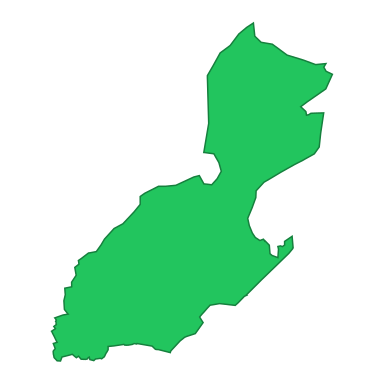 outline of Bopolu, Gbapolu, Liberia
{"feature_id": "62588387B82153656109433", "entity_name": "Bopolu", "entity_type": "district", "adm_level": 2, "iso_a3": "LBR", "parent_name": "Liberia", "parent_adm1": "Gbapolu", "projection": "orthographic", "projection_center": [-10.518, 7.211], "detail": "fine", "context": "isolated", "style": "filled", "palette": "green", "viewbox_px": 384, "rotation_deg": 0, "n_neighbors": 0, "source": "geoboundaries", "source_scale": "gbopen_adm2", "svg_char_len": 3188}
<svg xmlns="http://www.w3.org/2000/svg" viewBox="0 0 384 384"><path d="M253.4,23.0L246.7,27.4L238.9,33.9L230.2,45.5L220.2,52.9L213.3,65.4L207.4,75.6L207.4,77.9L207.5,80.6L208.7,123.4L203.8,152.5L205.1,152.6L213.9,153.8L215.9,157.4L218.9,162.6L221.3,171.3L220.8,172.2L217.2,178.7L211.7,184.8L208.8,184.4L203.9,183.9L199.3,175.6L193.8,177.0L175.9,185.3L165.4,186.3L158.5,186.3L144.7,193.3L140.2,196.5L140.2,199.3L140.2,204.4L133.8,212.2L133.3,212.7L132.0,214.1L122.9,223.8L114.1,228.5L104.5,239.1L100.9,245.2L100.4,245.8L100.3,246.0L96.3,251.6L90.0,252.8L88.5,253.0L81.2,258.6L78.4,260.5L78.7,262.1L78.9,264.2L74.8,267.4L75.9,273.8L76.2,275.2L71.6,282.2L71.7,286.8L64.8,288.2L65.1,292.7L65.3,294.7L65.1,295.5L63.9,300.7L64.2,306.0L64.4,309.4L64.9,310.1L68.1,314.1L63.0,315.0L59.9,316.1L54.8,317.9L55.5,318.8L56.3,320.0L55.8,321.1L55.6,321.4L56.1,322.1L56.1,323.4L56.1,323.5L56.1,324.2L56.3,324.6L54.5,325.9L53.8,326.5L54.7,327.7L55.0,327.9L55.0,328.2L55.4,328.7L54.7,329.2L53.9,329.7L51.6,331.2L51.7,331.3L52.6,333.3L53.1,334.3L54.2,336.4L55.2,338.5L56.8,341.8L57.1,342.3L55.6,342.8L53.3,343.5L54.4,346.4L55.0,348.0L55.2,348.5L55.0,348.9L53.3,351.0L53.2,351.2L53.2,351.6L53.3,353.2L53.4,354.3L53.7,355.5L54.1,357.4L54.1,357.6L56.4,360.0L57.1,360.8L60.5,361.0L62.0,357.0L68.7,355.3L69.0,355.2L70.6,354.8L70.9,354.7L72.3,354.3L75.1,356.7L76.4,357.7L77.6,356.8L78.5,356.2L79.3,357.1L81.1,359.2L83.4,359.3L84.7,359.3L85.4,359.4L86.4,359.2L87.5,358.9L87.9,358.0L89.2,357.1L89.9,359.6L91.5,360.0L93.8,360.6L94.3,360.1L95.5,359.0L97.8,358.7L100.2,358.3L100.3,358.3L101.2,358.7L101.6,358.8L102.1,358.5L102.5,358.1L104.3,356.8L104.9,355.6L105.9,353.5L105.9,353.4L106.7,352.3L108.1,349.8L108.1,346.4L108.7,346.4L113.9,345.9L123.9,344.4L124.7,345.1L125.9,345.1L126.1,345.2L128.4,345.1L132.4,344.4L134.0,343.6L134.4,343.6L136.7,344.0L137.0,343.5L152.1,346.1L155.2,349.1L155.4,349.3L156.1,349.4L156.5,349.5L158.6,349.6L158.9,349.7L170.3,352.6L170.4,352.1L170.5,351.7L171.0,350.7L180.1,340.9L183.1,338.5L184.6,337.3L186.7,336.4L195.3,333.6L196.5,331.9L196.8,331.5L203.1,322.6L201.7,320.4L201.4,319.9L199.6,317.0L199.9,316.6L202.3,313.8L203.9,312.1L204.6,311.3L207.1,308.4L209.7,305.6L210.0,305.2L213.2,304.7L219.5,303.6L226.1,304.3L229.3,304.7L234.6,305.3L235.2,305.4L238.1,302.8L244.4,296.3L246.8,295.2L246.4,294.9L248.1,293.2L261.4,279.9L269.8,271.8L270.7,270.9L275.4,266.4L288.8,253.4L292.6,248.8L292.6,248.2L292.8,248.1L293.1,247.9L292.3,238.5L292.1,236.3L284.6,241.4L284.6,245.1L282.4,246.6L280.5,245.9L277.9,246.5L278.5,249.1L277.9,257.6L272.1,255.5L270.0,253.7L269.3,245.2L264.9,240.7L264.7,241.0L263.4,239.2L259.9,240.5L255.3,237.5L252.3,233.0L250.8,229.3L249.3,225.7L247.7,218.3L252.4,207.1L252.5,206.7L255.1,199.5L255.8,197.7L255.9,195.5L256.1,190.8L264.0,182.2L270.2,178.6L280.7,172.3L285.7,169.5L286.9,168.8L294.4,164.6L303.0,160.2L304.7,159.2L314.4,153.8L314.7,153.3L319.2,147.0L320.7,133.0L323.5,114.2L323.7,112.9L316.3,113.1L310.9,113.3L308.7,114.7L306.5,115.2L305.9,111.6L300.7,106.7L307.4,101.7L325.8,88.9L332.4,74.3L326.1,71.3L323.8,67.2L325.9,63.6L315.6,64.6L303.7,60.2L287.1,55.1L272.3,44.2L261.1,42.3L254.8,36.2L253.4,23.0Z" fill="#22c55e" stroke="#15803d" stroke-width="1.5"/></svg>